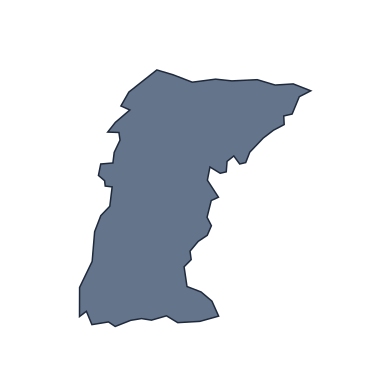 Denau, Surkhandarya, Uzbekistan (Mercator projection), rotated 255°
{"feature_id": "79887680B8984486268693", "entity_name": "Denau", "entity_type": "district", "adm_level": 2, "iso_a3": "UZB", "parent_name": "Uzbekistan", "parent_adm1": "Surkhandarya", "projection": "mercator", "projection_center": [67.808, 38.294], "detail": "fine", "context": "isolated", "style": "filled", "palette": "slate", "viewbox_px": 384, "rotation_deg": 255, "n_neighbors": 0, "source": "geoboundaries", "source_scale": "gbopen_adm2", "svg_char_len": 963}
<svg xmlns="http://www.w3.org/2000/svg" viewBox="0 0 384 384"><g transform="rotate(255 192 192)"><path d="M82.0,83.0L83.9,99.6L82.8,110.5L78.7,119.7L79.0,135.3L69.5,144.4L65.0,166.1L65.2,185.6L81.4,183.0L93.1,174.9L102.0,162.7L121.8,165.0L126.9,173.7L135.4,174.8L142.7,185.2L146.2,195.5L154.4,202.0L163.7,200.0L178.8,208.4L180.1,216.2L199.4,209.9L211.5,215.8L202.8,224.1L202.6,230.3L212.5,233.8L216.0,241.7L206.7,245.3L206.5,251.5L215.5,258.1L225.7,274.8L230.6,286.7L233.3,298.5L241.7,300.3L241.4,308.9L256.3,320.3L259.0,332.9L270.2,317.8L273.8,300.0L283.6,284.1L289.0,259.3L294.9,244.0L298.0,220.7L310.1,204.1L319.0,189.6L304.9,156.9L293.5,145.6L287.3,153.2L279.1,136.0L271.7,126.1L268.4,136.8L260.7,135.9L250.4,127.1L240.5,123.1L242.7,111.1L232.2,105.9L225.5,110.5L220.2,109.7L217.6,116.2L199.5,108.9L192.8,97.8L178.9,87.7L150.8,77.6L128.9,58.7L100.8,51.1L104.1,59.1L89.8,61.0L88.1,77.7L82.0,83.0Z" fill="#64748b" stroke="#1e293b" stroke-width="1.5"/></g></svg>